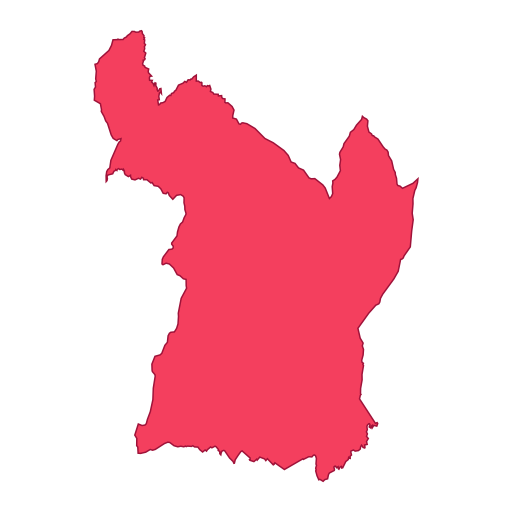 Cogua, Cundinamarca, Colombia (Equal Earth projection)
{"feature_id": "7082276B60465848550372", "entity_name": "Cogua", "entity_type": "district", "adm_level": 2, "iso_a3": "COL", "parent_name": "Colombia", "parent_adm1": "Cundinamarca", "projection": "equal_earth", "projection_center": [-74.006, 5.108], "detail": "fine", "context": "isolated", "style": "filled", "palette": "rose", "viewbox_px": 512, "rotation_deg": 0, "n_neighbors": 0, "source": "geoboundaries", "source_scale": "gbopen_adm2", "svg_char_len": 6006}
<svg xmlns="http://www.w3.org/2000/svg" viewBox="0 0 512 512"><path d="M417.9,178.8L413.0,183.3L402.5,188.3L400.0,186.1L397.8,185.5L397.0,184.0L396.5,178.2L395.4,174.8L395.2,172.4L393.6,169.4L391.7,160.9L388.5,155.6L388.1,152.1L386.9,150.1L385.1,149.1L383.1,146.8L377.9,139.0L374.5,136.9L373.7,135.8L372.3,135.6L371.5,133.9L368.9,132.0L367.4,126.2L367.9,120.8L366.6,119.1L363.8,117.6L362.4,116.3L361.6,119.4L356.5,125.1L353.8,129.6L350.4,132.3L349.3,136.2L344.0,143.6L343.2,146.9L339.9,152.3L339.5,154.2L340.6,159.6L339.8,165.3L340.4,170.7L337.0,177.1L335.0,179.4L332.7,180.9L332.9,183.1L332.2,186.6L332.7,193.6L331.4,196.6L329.4,198.5L325.2,188.0L322.8,184.9L314.8,178.6L311.2,178.8L309.0,177.9L303.5,170.1L298.5,167.9L295.0,163.4L291.1,162.0L288.2,155.4L283.9,150.5L273.3,142.8L264.9,138.5L255.0,128.5L246.9,123.7L242.8,122.8L241.5,123.1L240.5,124.3L239.0,123.9L236.4,119.1L232.7,118.0L232.8,115.4L234.0,110.1L232.1,106.5L227.9,102.8L225.8,102.9L224.9,102.3L225.0,98.9L222.6,98.5L221.8,97.4L221.6,95.6L218.4,95.9L218.2,94.3L213.9,94.1L212.8,92.5L210.4,91.5L210.9,89.1L209.7,85.5L208.8,86.0L207.5,85.6L206.5,86.7L204.8,85.8L203.2,86.2L201.9,85.5L201.9,82.8L201.5,82.3L200.1,82.5L198.3,81.1L196.3,81.1L196.3,75.1L193.7,76.8L191.7,79.1L190.8,79.1L190.2,79.9L188.1,79.8L186.5,82.3L184.8,81.4L183.0,83.2L178.5,85.1L175.9,90.2L174.5,91.2L173.7,92.7L171.5,93.5L170.8,95.5L169.7,95.2L167.0,97.5L165.1,101.5L162.8,102.7L160.7,103.0L159.5,104.6L158.5,104.9L157.7,100.0L159.3,99.7L158.8,96.4L159.4,93.0L160.4,92.2L161.4,93.5L160.9,88.5L159.7,88.8L158.5,90.9L157.8,91.1L157.1,89.5L157.2,88.2L155.8,85.6L155.9,83.2L155.0,82.8L154.0,85.6L153.1,83.4L151.6,82.1L152.3,80.4L149.6,80.3L149.4,77.9L149.9,76.4L151.6,76.1L148.5,72.8L148.2,71.3L148.7,69.0L145.1,67.4L144.6,66.0L143.1,65.3L142.6,63.6L143.4,61.3L143.2,60.2L144.5,59.9L145.1,58.8L144.4,57.7L145.8,53.1L143.8,51.3L144.7,48.7L144.4,46.7L145.5,44.7L144.3,43.3L144.7,39.9L143.8,39.3L144.6,37.8L143.8,37.4L144.0,35.7L142.4,33.6L142.1,31.5L141.5,30.7L139.6,31.2L138.8,32.1L135.7,32.2L134.5,31.5L132.0,31.4L130.0,33.8L127.3,35.7L126.5,36.9L124.2,38.1L123.1,39.5L118.7,39.6L118.0,39.1L117.6,39.6L113.0,39.8L111.5,45.4L108.9,50.5L99.5,58.9L98.7,61.7L97.4,63.6L95.0,64.3L96.3,71.2L95.7,78.9L96.3,81.5L95.1,82.6L95.5,87.1L94.1,89.3L94.6,96.3L94.3,100.2L100.4,103.7L101.5,109.6L101.3,111.5L104.1,116.5L105.7,120.9L107.5,123.3L111.2,134.9L113.2,138.4L116.9,140.6L117.8,139.5L121.0,138.6L120.5,141.1L119.2,142.0L117.8,144.4L110.9,160.3L109.8,167.9L107.8,169.6L106.7,171.6L106.1,175.6L106.2,181.5L107.0,180.6L107.4,178.6L107.0,176.7L107.9,175.0L112.7,173.8L113.9,171.3L115.6,170.3L115.7,169.6L116.9,170.5L117.2,169.4L118.7,168.6L119.7,169.5L122.0,169.1L123.1,170.3L123.5,169.4L124.4,171.0L124.4,172.8L125.2,174.6L128.4,176.6L130.5,175.3L130.6,176.8L131.7,179.1L135.0,179.9L138.4,178.3L140.5,179.1L141.8,177.3L143.4,178.3L143.6,179.7L146.9,179.7L150.9,183.0L152.1,182.5L154.1,185.6L158.2,186.3L160.8,188.8L163.2,193.3L166.1,193.8L167.3,192.3L168.2,192.7L169.3,195.5L172.8,199.3L176.6,195.3L180.7,194.6L183.1,196.1L184.1,197.7L184.0,202.8L184.8,206.3L184.9,209.6L186.0,213.3L185.9,214.5L184.2,217.6L182.6,222.0L180.4,224.0L178.9,227.0L177.5,231.9L177.0,235.9L171.7,243.0L171.7,244.2L173.2,246.2L173.2,247.9L171.9,249.2L168.9,249.5L163.4,256.8L162.3,259.3L162.0,263.6L162.3,264.4L163.0,264.7L166.1,263.2L169.4,264.0L173.6,268.0L177.2,274.6L180.0,275.7L183.4,278.8L186.1,279.4L186.2,285.7L186.6,288.2L181.2,298.3L178.3,313.2L178.5,316.4L178.0,324.0L176.6,328.4L174.4,331.9L170.7,332.3L169.4,333.3L168.1,335.8L167.4,342.3L164.9,345.3L161.8,353.3L160.1,354.9L155.0,356.3L151.9,364.1L152.1,370.5L152.4,371.6L154.9,374.6L155.2,376.2L153.3,388.2L152.9,399.6L150.3,411.7L147.4,419.5L146.3,423.7L144.9,425.1L142.0,425.5L138.3,424.0L134.8,435.1L136.8,438.4L136.7,445.7L137.8,447.1L138.1,453.2L140.5,453.4L145.7,452.2L150.2,449.5L152.6,450.2L155.3,449.4L164.5,443.5L167.8,442.2L169.8,442.5L174.0,445.7L177.8,446.8L180.8,446.2L183.8,446.8L185.5,446.1L186.2,446.6L187.5,446.1L191.6,446.4L192.8,445.7L194.5,446.9L197.9,447.1L199.8,449.7L202.6,452.0L205.1,450.0L206.5,451.1L207.4,449.7L210.6,447.0L211.9,447.8L215.0,446.2L216.2,446.8L218.4,449.5L218.2,450.5L219.8,451.5L219.8,453.7L220.8,454.8L221.2,452.6L222.2,450.9L223.9,450.4L224.7,450.8L229.6,458.0L233.1,461.5L233.9,463.3L234.4,463.2L235.2,459.8L238.0,455.5L240.8,451.6L242.1,450.9L250.1,458.0L250.2,459.3L249.5,459.7L249.9,460.3L253.9,461.6L256.7,459.2L257.2,460.1L259.8,457.1L264.6,458.9L265.8,460.6L267.4,458.7L273.1,464.7L273.3,464.1L274.1,464.3L274.9,462.8L284.4,469.5L302.9,458.8L303.4,459.4L308.8,456.7L311.9,456.9L313.4,455.2L314.6,455.0L315.6,455.9L316.4,458.4L316.0,464.1L316.5,465.3L315.7,468.2L316.1,469.9L315.7,470.9L317.0,475.7L318.8,479.8L319.8,479.3L323.1,481.3L324.8,479.6L327.6,478.8L328.5,474.5L329.4,473.0L334.2,470.5L334.5,469.8L333.9,467.1L334.5,466.3L335.6,466.2L336.5,467.7L338.1,466.7L338.2,468.6L338.9,469.2L340.0,467.2L341.2,466.3L341.6,466.7L341.7,468.0L342.7,467.8L345.8,461.5L348.2,459.6L348.7,457.2L349.3,457.4L349.5,458.3L350.2,458.4L350.1,456.3L351.5,455.0L350.8,452.0L351.0,451.0L353.5,450.0L355.1,451.1L358.4,450.6L360.2,449.1L360.7,446.6L361.6,445.2L363.1,447.5L364.7,448.0L365.0,447.4L364.6,445.0L367.2,444.4L366.5,441.5L368.3,438.5L366.5,436.3L367.4,433.9L366.4,431.9L367.3,429.7L366.9,426.6L367.3,425.2L368.8,423.7L369.5,423.7L370.0,424.9L369.2,426.9L370.8,428.0L371.3,426.1L372.2,425.4L372.4,427.6L373.8,425.4L376.8,426.1L377.7,423.5L377.1,422.6L375.4,423.3L359.5,398.9L360.3,395.3L361.0,394.4L360.5,393.8L360.6,388.4L362.1,379.9L362.0,374.4L363.5,365.5L362.9,364.5L363.4,363.3L362.0,362.2L361.7,360.3L363.1,355.0L363.5,349.5L362.3,345.9L363.1,343.1L360.2,338.2L357.9,328.3L368.8,313.1L375.8,305.2L378.8,303.8L379.8,302.0L380.5,298.3L382.7,294.2L393.8,279.0L398.2,271.3L400.6,259.4L401.9,259.1L403.2,258.0L404.1,255.8L410.3,246.9L411.7,230.9L413.2,219.7L412.2,213.3L413.0,203.9L412.9,198.5L414.8,190.4L416.1,187.8L417.5,182.6L417.9,178.8Z" fill="#f43f5e" stroke="#9f1239" stroke-width="1.5"/></svg>